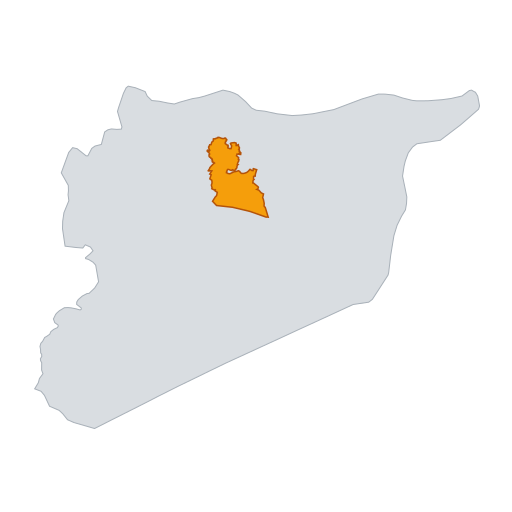 location of Ath-Thawrah, Ar Raqqah, Syria, rotated 7°
{"feature_id": "27442178B46572819209410", "entity_name": "Ath-Thawrah", "entity_type": "district", "adm_level": 2, "iso_a3": "SYR", "parent_name": "Syria", "parent_adm1": "Ar Raqqah", "projection": "natural_earth1", "projection_center": [38.3, 35.804], "detail": "fine", "context": "in_parent", "style": "filled", "palette": "amber", "viewbox_px": 512, "rotation_deg": 7, "n_neighbors": 0, "source": "geoboundaries", "source_scale": "gbopen_adm2", "svg_char_len": 6714}
<svg xmlns="http://www.w3.org/2000/svg" viewBox="0 0 512 512"><g transform="rotate(7 256 256)"><path d="M60.8,170.8L65.4,171.3L75.2,177.3L76.9,177.1L79.9,169.2L82.8,166.5L88.9,164.1L90.7,151.3L93.6,148.8L97.0,147.5L102.3,147.3L106.9,146.5L107.2,144.2L100.9,129.4L101.5,125.6L104.6,110.7L106.6,104.9L108.5,103.0L115.8,103.7L125.9,106.3L128.6,110.6L133.6,114.4L141.0,114.2L149.7,114.9L156.4,115.1L161.8,112.5L173.9,107.5L179.9,105.8L185.4,103.6L203.0,95.4L210.0,96.0L214.8,97.1L218.5,98.4L226.8,104.0L233.6,109.7L238.4,111.3L247.0,111.2L259.5,112.3L274.8,112.2L283.7,110.6L295.1,107.9L315.4,101.2L342.1,87.2L357.7,80.4L364.5,79.6L373.3,79.5L382.2,81.3L392.2,82.5L396.8,82.4L407.6,81.0L421.6,78.2L430.4,75.9L441.0,72.1L447.6,65.8L449.7,65.1L452.5,66.3L453.8,66.7L456.6,70.3L459.5,79.5L459.5,80.6L459.0,83.2L452.2,90.8L442.8,101.2L436.1,107.7L424.8,118.7L416.3,121.0L402.0,125.0L398.1,128.8L394.6,135.0L392.6,143.5L392.0,148.9L391.7,158.8L395.2,169.1L398.5,179.0L399.0,185.5L398.7,192.0L395.6,198.8L392.3,208.3L390.4,219.0L389.6,238.9L389.7,256.0L389.4,258.8L383.6,270.8L376.8,284.8L373.5,288.1L358.3,292.3L341.7,302.6L323.1,314.1L306.2,324.5L288.5,335.5L270.0,346.9L256.9,355.0L239.2,365.9L223.1,376.3L206.8,386.9L194.4,394.9L175.5,407.5L164.5,415.0L148.2,425.9L133.8,435.5L116.8,446.9L95.6,443.5L88.9,441.5L83.4,436.1L79.4,433.2L69.4,430.3L63.0,420.1L59.2,416.5L52.5,414.8L55.4,408.3L56.0,404.0L58.9,398.8L57.1,395.3L56.3,388.0L55.0,386.2L54.5,384.3L55.6,381.9L55.2,379.5L54.1,378.5L53.5,374.8L52.6,372.1L53.1,368.8L54.6,366.7L56.2,362.6L58.0,361.3L60.8,358.8L61.6,356.1L64.1,353.5L67.6,351.3L68.3,349.6L67.9,348.6L64.4,346.7L62.6,343.2L64.3,338.3L65.4,336.7L67.5,334.3L72.1,330.7L75.7,330.1L78.8,330.0L84.0,330.4L88.0,331.0L89.1,330.1L88.9,328.9L83.9,325.9L83.7,323.5L84.9,320.9L88.5,316.9L92.8,313.9L94.9,313.4L99.8,307.4L102.9,300.8L98.0,284.6L95.0,282.0L90.1,279.8L87.2,279.4L87.0,278.4L90.9,274.3L93.6,270.7L90.6,267.3L85.2,265.7L83.1,269.2L76.1,269.5L65.3,269.5L60.6,252.4L59.9,245.0L60.1,236.4L63.5,223.9L62.0,218.1L61.9,214.2L61.1,208.8L52.6,197.2L57.5,176.0L60.8,170.8Z" fill="#d9dde1" stroke="#a8b0b8" stroke-width="1"/><path d="M210.7,210.7L218.5,210.6L219.5,210.6L226.7,210.5L242.2,212.2L245.1,212.6L261.4,216.2L261.9,216.0L262.3,215.9L262.7,215.9L263.0,216.0L263.4,216.0L259.2,206.5L258.3,206.0L257.9,205.3L257.7,202.7L256.5,199.1L255.5,197.3L255.9,193.5L253.5,192.7L250.8,190.3L248.7,189.8L249.7,189.1L250.0,187.5L249.6,187.0L244.2,183.6L243.9,183.7L243.9,181.4L244.7,180.3L244.2,180.1L243.9,177.3L244.6,176.9L245.5,176.8L245.4,174.8L246.2,170.2L245.7,170.1L245.3,170.2L244.5,169.9L242.7,169.6L242.6,169.8L242.7,171.1L242.7,171.6L241.5,171.7L239.7,170.7L239.3,170.8L239.1,171.2L238.4,172.3L237.4,173.5L236.3,174.4L234.9,175.1L233.5,175.6L231.7,175.8L230.8,175.4L230.2,174.8L229.9,174.6L229.6,174.1L228.8,173.7L228.2,173.5L225.8,174.6L223.9,175.1L220.0,177.6L217.9,177.5L217.2,177.1L216.5,176.9L216.8,175.9L216.5,175.5L216.8,175.0L217.2,173.6L218.0,173.4L219.2,173.6L219.9,173.9L221.6,174.1L221.5,173.7L222.2,173.2L223.8,173.8L224.2,174.0L224.4,173.7L224.6,173.7L224.6,173.4L224.9,173.0L225.2,172.1L225.6,172.1L226.1,171.0L226.3,170.7L226.1,169.8L226.2,169.4L226.3,169.1L226.4,168.2L227.0,167.5L226.3,167.4L226.4,166.6L226.5,165.8L226.7,165.4L226.7,165.0L227.3,163.8L227.1,163.2L227.4,162.6L226.6,162.1L226.9,160.7L226.0,160.0L225.9,159.8L225.0,159.3L224.4,158.9L224.6,158.1L224.7,157.8L224.7,157.2L226.2,157.1L226.2,156.6L227.0,156.1L227.5,156.4L227.4,157.0L227.6,157.2L228.1,157.1L228.4,157.1L228.4,155.4L227.1,154.7L227.2,154.3L226.5,154.0L226.7,153.1L225.9,152.5L226.3,152.1L226.1,151.6L226.4,151.2L226.3,150.9L226.3,150.2L225.4,149.5L224.9,147.6L224.5,147.8L223.7,148.6L223.1,148.8L222.8,148.8L222.7,147.4L222.6,146.8L222.6,146.7L222.5,146.4L222.4,146.3L222.3,146.2L222.2,146.2L221.7,146.2L221.4,146.2L221.2,146.1L220.8,146.0L220.1,146.2L218.1,146.7L217.3,147.0L216.9,147.4L217.4,148.1L217.4,148.4L217.5,148.5L217.7,148.8L217.8,148.9L218.0,149.0L218.3,149.4L218.4,149.5L218.4,150.3L218.2,152.5L217.2,152.6L216.7,152.7L216.3,152.5L216.1,152.4L215.8,152.3L215.6,152.3L215.4,152.3L215.2,152.3L215.1,152.2L214.9,152.1L214.9,151.9L214.8,151.7L214.8,151.4L214.9,151.2L214.9,150.9L215.0,150.8L214.9,150.7L214.8,150.4L214.7,150.3L214.6,150.2L214.8,149.9L214.9,149.7L214.7,149.4L214.3,149.4L214.1,149.3L213.9,149.3L213.6,149.2L213.3,149.1L213.1,148.9L212.8,148.8L212.6,148.6L212.4,148.4L212.2,148.4L211.9,148.3L211.8,148.2L211.7,148.0L211.7,147.9L211.6,147.6L211.6,147.4L211.7,147.2L211.8,146.9L211.8,146.4L212.0,146.3L211.9,145.7L212.4,145.6L212.6,145.2L212.9,144.2L212.4,143.6L212.1,143.6L211.6,143.3L211.4,142.7L210.5,142.8L210.4,143.1L210.0,143.2L209.6,143.4L209.4,143.4L209.1,143.4L208.8,143.4L208.5,143.5L208.1,143.5L207.7,143.4L207.3,143.4L207.0,143.3L206.7,143.2L206.4,143.2L205.9,143.0L205.2,142.8L204.7,142.8L204.4,143.0L204.1,142.8L203.9,142.8L203.7,142.9L203.7,143.0L203.6,143.3L203.4,143.5L203.1,143.6L202.9,143.6L202.7,143.7L202.6,143.8L202.4,143.9L202.2,144.0L201.9,144.3L201.7,144.2L201.4,144.4L201.4,144.6L201.2,144.7L199.8,144.8L199.4,145.0L199.6,146.1L199.4,146.3L199.6,146.8L199.4,147.3L198.2,148.4L198.0,149.9L197.9,150.7L197.8,150.8L197.7,150.9L197.7,151.0L196.5,151.2L196.0,152.9L196.1,153.1L196.1,153.3L195.8,153.7L195.7,153.7L195.7,153.8L195.7,154.0L195.8,154.2L196.2,155.0L196.2,155.4L196.6,155.9L197.3,156.6L197.3,156.8L196.8,157.6L196.7,157.7L196.3,157.7L196.2,157.7L195.5,157.0L195.4,156.9L195.0,156.8L194.8,157.0L194.7,157.4L194.7,157.5L194.7,157.8L194.8,157.9L194.9,158.0L195.0,158.1L195.4,158.4L195.5,158.5L195.8,158.6L196.0,158.7L196.4,158.9L196.5,159.2L197.3,159.9L197.6,160.5L197.3,160.9L197.0,161.3L197.3,162.8L197.4,163.0L197.5,163.1L197.7,163.3L197.8,163.4L197.9,163.5L198.1,163.5L198.3,163.6L198.5,163.6L198.8,163.7L199.0,163.9L199.0,164.0L199.1,164.3L199.3,164.5L199.6,164.6L199.9,164.6L200.0,164.6L200.3,164.7L200.4,164.8L200.6,165.1L200.6,165.3L200.6,165.9L200.5,166.0L200.8,166.1L201.0,166.0L201.2,166.7L201.2,167.0L201.0,167.7L201.3,168.1L201.8,168.0L202.0,168.0L202.3,168.1L202.5,168.2L202.5,168.3L202.8,168.3L203.5,168.8L202.4,169.9L200.8,171.9L199.5,173.8L199.2,175.1L198.2,177.2L198.9,177.4L199.0,176.9L200.4,177.0L200.6,176.9L201.8,176.9L200.1,180.3L201.6,180.8L200.8,184.9L201.1,185.1L201.2,185.5L202.7,186.0L202.8,186.3L202.9,186.5L203.0,186.7L203.1,187.0L203.2,187.5L203.3,187.8L203.3,188.0L203.4,188.5L203.4,188.8L203.4,189.0L203.4,189.5L203.3,190.0L203.2,190.3L203.2,190.5L203.1,190.8L203.0,191.0L204.1,193.8L203.9,194.6L206.8,195.7L206.9,195.3L207.0,195.2L207.4,195.1L207.5,195.1L207.7,195.3L207.7,195.5L207.6,196.5L209.8,197.5L209.6,200.5L209.1,201.5L208.4,202.3L206.2,207.0L210.7,210.7Z" fill="#f59e0b" stroke="#b45309" stroke-width="1.5"/></g></svg>